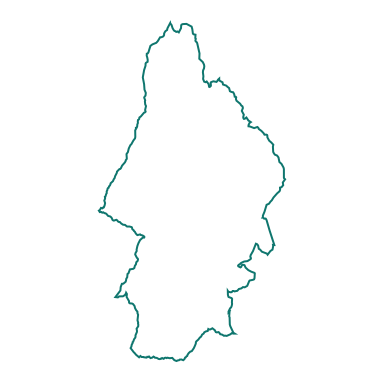 outline of Cajamarca, Cajamarca, Peru
{"feature_id": "86281439B40930956450013", "entity_name": "Cajamarca", "entity_type": "district", "adm_level": 2, "iso_a3": "PER", "parent_name": "Peru", "parent_adm1": "Cajamarca", "projection": "equal_earth", "projection_center": [-78.506, -7.178], "detail": "fine", "context": "isolated", "style": "outline", "palette": "teal", "viewbox_px": 384, "rotation_deg": 0, "n_neighbors": 0, "source": "geoboundaries", "source_scale": "gbopen_adm2", "svg_char_len": 6026}
<svg xmlns="http://www.w3.org/2000/svg" viewBox="0 0 384 384"><path d="M254.1,279.3L254.5,278.2L254.8,273.3L254.3,272.8L251.3,271.7L248.3,270.1L245.6,267.6L244.5,265.2L243.9,264.9L242.2,264.9L241.9,265.2L241.2,266.9L240.4,267.4L238.3,266.3L238.1,265.6L238.7,264.8L240.0,264.1L240.6,263.3L242.0,262.5L244.2,261.5L247.5,261.1L250.6,259.1L250.9,258.5L250.9,258.0L250.3,256.8L250.7,255.1L253.0,251.1L255.9,243.7L257.1,244.2L258.1,245.5L258.8,248.8L260.1,249.6L261.9,251.7L266.9,253.6L267.6,254.7L270.4,251.0L272.5,249.6L273.2,246.0L273.0,244.9L274.3,245.0L269.6,230.5L266.6,220.2L265.8,218.7L265.1,218.5L264.2,218.7L263.1,217.6L262.6,217.6L262.9,217.1L262.9,215.6L264.5,211.7L266.6,204.8L269.0,203.7L270.4,201.7L271.8,200.3L273.5,197.5L277.2,193.3L279.5,191.3L280.1,189.8L280.0,187.6L281.5,187.2L283.2,185.2L282.8,182.5L285.1,179.3L284.1,178.3L283.9,177.6L283.9,169.1L283.5,167.5L281.5,163.9L279.4,162.0L278.5,157.5L277.9,156.6L277.0,155.5L274.8,154.6L273.6,152.8L273.2,151.9L272.9,146.7L273.3,144.7L271.3,142.5L269.2,140.7L267.4,137.4L267.3,135.5L267.1,135.0L266.2,134.6L264.5,134.7L263.6,133.2L261.4,130.9L258.8,129.0L258.3,127.8L257.4,127.0L254.1,128.1L250.0,126.5L248.5,126.3L248.5,125.2L249.4,123.1L250.8,122.1L248.4,120.5L246.4,117.5L244.7,118.8L243.9,118.9L243.5,118.4L243.2,117.1L243.8,114.7L241.8,110.9L242.9,108.0L242.5,106.4L241.2,105.4L240.2,103.8L236.5,100.7L235.9,99.0L236.2,97.3L235.8,96.8L234.7,96.7L234.2,94.2L233.2,92.3L231.3,91.9L229.9,91.2L229.1,88.1L227.2,86.6L226.4,85.7L223.0,84.5L222.5,82.3L219.6,80.7L219.2,79.6L219.2,78.6L218.1,79.6L217.3,81.0L216.5,81.9L213.3,81.3L211.0,82.2L210.7,82.6L210.9,85.8L209.7,87.0L209.1,86.8L208.6,84.1L206.7,81.5L205.7,82.2L204.2,81.7L203.1,79.0L203.4,76.2L202.9,72.3L203.1,70.4L204.0,68.4L204.3,66.2L204.0,64.6L202.8,62.1L199.3,58.8L199.5,53.4L197.2,43.2L196.8,42.3L195.7,41.4L195.4,40.5L195.8,38.8L195.3,38.1L195.5,34.7L193.6,34.3L192.9,33.6L192.3,29.1L191.6,26.6L186.5,23.9L182.8,24.1L181.6,24.6L181.2,25.3L181.0,28.2L178.8,32.4L177.5,31.5L176.2,31.9L175.4,31.2L174.6,31.0L173.9,30.4L172.6,28.2L171.6,25.1L170.8,24.0L170.4,23.9L170.2,23.0L167.4,28.4L167.1,30.0L165.5,31.1L164.7,32.3L164.1,33.6L164.1,35.0L163.5,36.1L162.9,36.6L161.5,37.2L160.1,37.3L157.8,41.1L156.3,42.8L152.4,44.4L150.4,45.9L148.4,52.4L147.7,53.4L146.8,53.7L146.7,55.7L147.3,57.7L147.7,59.9L147.6,61.8L146.0,62.8L145.6,63.5L145.5,65.8L144.1,70.1L142.8,77.4L144.1,84.2L144.5,89.7L145.8,92.9L145.5,95.6L144.4,97.0L144.2,97.7L145.2,100.3L144.9,101.2L145.2,104.3L146.0,106.1L145.1,110.0L145.6,111.7L144.9,112.4L144.0,112.7L140.9,116.4L139.4,117.5L139.2,118.9L138.6,119.7L138.0,120.0L137.8,121.4L137.9,123.0L137.3,124.5L137.2,126.3L136.7,127.7L135.9,127.8L135.9,129.1L135.2,130.3L135.3,137.0L135.0,138.4L133.4,140.5L131.3,144.3L130.4,145.1L128.8,148.4L127.9,152.1L126.5,154.1L126.8,158.4L126.6,159.2L125.8,160.1L125.6,161.1L124.9,162.4L122.1,165.6L120.9,168.2L120.3,168.9L119.4,169.1L117.0,171.6L116.8,172.9L115.1,176.2L114.6,178.1L113.7,179.3L113.0,181.1L110.6,183.3L110.4,184.4L109.9,185.5L109.0,186.4L108.6,187.8L107.9,188.1L107.5,188.9L107.3,190.2L106.7,191.3L106.7,193.2L106.2,194.0L105.4,196.6L104.9,196.8L105.1,198.5L104.3,200.6L105.1,203.1L104.5,205.9L104.0,206.5L103.9,207.3L103.5,207.7L102.8,207.7L102.4,208.3L101.0,207.9L99.8,210.1L98.9,210.6L99.8,212.1L101.4,212.0L102.2,212.7L103.2,212.3L104.6,213.2L105.5,213.3L106.4,213.9L108.1,215.9L110.3,216.5L111.5,217.6L112.6,220.0L113.4,220.5L113.9,220.6L116.3,219.8L117.3,220.4L117.8,221.3L118.7,221.9L119.8,222.0L121.1,223.4L123.0,224.7L125.0,224.9L127.0,226.5L129.4,226.5L131.6,227.1L131.9,227.4L132.4,229.3L133.7,230.3L133.9,230.9L134.9,231.8L135.8,233.5L137.1,234.9L137.5,235.1L140.1,234.4L140.6,234.9L142.7,235.5L144.2,236.5L144.4,237.0L144.1,237.6L142.8,237.6L140.1,240.0L138.5,243.1L137.4,246.0L136.6,249.6L136.7,251.0L135.5,253.1L135.2,254.5L136.9,257.8L137.8,258.6L138.0,259.6L137.5,261.1L136.3,262.2L135.9,264.4L134.9,265.7L134.3,268.0L133.3,268.8L129.9,269.4L128.5,273.2L127.5,274.0L127.2,277.3L126.3,278.7L126.0,280.6L125.6,281.8L123.3,283.7L121.9,283.8L120.7,287.0L120.4,290.5L115.4,297.1L117.9,297.4L119.1,296.4L123.0,296.3L124.8,295.1L125.8,293.7L126.1,292.7L126.9,294.0L126.6,296.9L129.0,301.1L129.1,302.7L130.0,303.4L132.0,303.5L133.1,304.1L134.6,306.1L135.0,308.0L136.1,310.1L137.4,311.6L137.5,313.3L138.1,314.8L137.5,320.3L138.2,322.8L138.0,323.6L138.3,324.6L138.2,326.3L136.6,328.7L137.0,331.0L136.9,332.0L135.5,335.3L135.5,336.7L135.3,337.6L134.1,339.2L133.2,341.7L132.6,342.2L132.6,343.1L131.7,344.8L131.4,346.6L130.6,348.1L133.8,352.3L134.6,353.0L136.0,354.7L139.1,357.3L140.4,356.0L141.6,357.0L143.5,357.0L144.1,357.4L144.9,357.3L146.0,357.6L146.6,357.6L147.2,356.8L148.2,357.0L149.0,356.5L150.5,358.1L152.3,357.6L153.5,356.6L154.4,357.1L154.9,357.7L156.8,357.9L158.7,359.0L159.9,359.1L160.9,358.8L161.3,358.3L161.8,358.5L162.3,358.1L163.7,358.8L164.6,357.9L165.8,357.7L166.6,358.1L167.4,357.7L169.7,358.2L172.3,357.9L174.3,360.1L176.2,360.9L176.7,361.0L177.4,360.5L179.1,360.2L179.7,359.6L181.5,359.5L183.2,360.2L184.4,359.2L185.1,357.6L185.6,357.5L186.5,356.3L187.2,356.0L187.6,354.7L188.7,353.1L190.2,351.7L191.8,351.1L193.8,348.2L194.9,345.8L195.8,343.6L195.9,342.1L196.4,341.3L198.3,339.6L199.9,337.5L201.1,336.6L202.1,334.6L203.6,333.6L204.3,332.3L205.9,331.4L207.7,331.0L208.3,329.0L209.1,329.5L210.4,329.4L212.4,328.3L214.8,330.2L215.8,332.1L216.7,332.4L218.6,332.1L220.0,333.6L220.2,334.2L222.1,334.6L224.0,335.8L224.9,335.6L226.7,335.9L230.4,334.3L231.9,333.1L233.1,333.6L234.7,333.6L233.4,332.8L232.6,331.1L230.3,326.2L229.8,324.5L229.6,317.4L229.2,316.4L229.5,312.4L229.1,312.6L229.5,311.6L228.9,311.8L229.3,310.8L228.9,310.8L230.1,308.3L231.1,307.4L231.7,305.9L232.1,303.9L231.9,302.5L232.1,298.9L231.6,298.1L228.6,297.0L228.4,296.7L227.9,294.8L227.8,290.9L228.4,291.8L230.9,292.3L231.7,292.1L232.7,291.0L233.7,291.0L234.5,291.4L237.3,290.8L238.9,289.0L241.3,288.4L243.0,287.1L244.7,287.3L246.9,286.1L247.3,285.7L249.2,281.1L249.7,280.5L253.0,279.8L254.1,279.3Z" fill="none" stroke="#0f766e" stroke-width="2"/></svg>